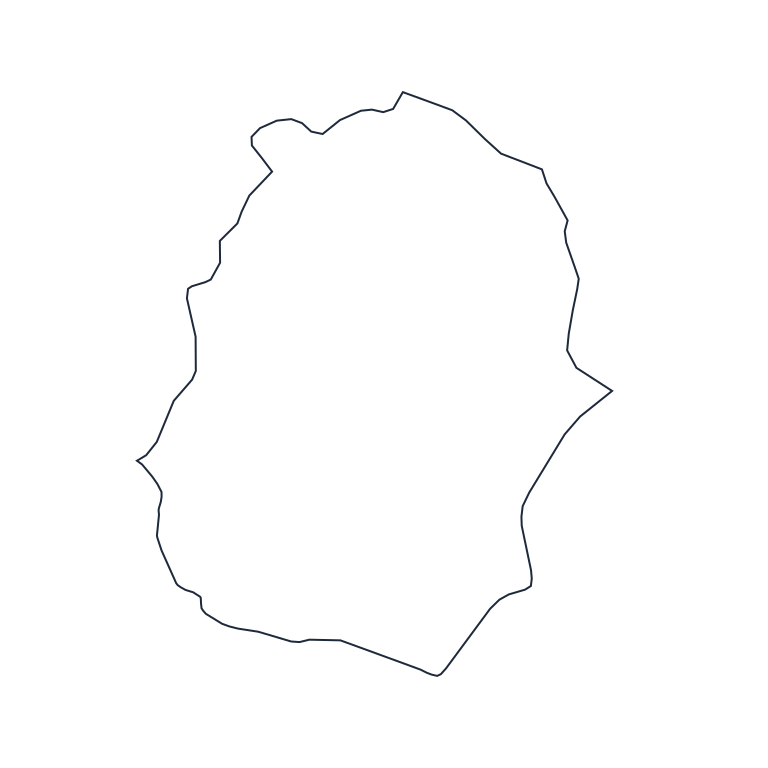 an SVG outline of Kaffrine, rotated 110°
{"feature_id": "SEN-5516", "entity_name": "Kaffrine", "entity_type": "Region", "adm_level": 1, "iso_a3": "SEN", "parent_name": "Senegal", "parent_adm1": "", "projection": "albers", "projection_center": [-15.14, 14.22], "detail": "fine", "context": "isolated", "style": "outline", "palette": "slate", "viewbox_px": 768, "rotation_deg": 110, "n_neighbors": 0, "source": "natural_earth", "source_scale": "10m", "svg_char_len": 1414}
<svg xmlns="http://www.w3.org/2000/svg" viewBox="0 0 768 768"><g transform="rotate(110 384 384)"><path d="M540.6,589.9L532.2,583.1L516.1,577.7L471.7,575.8L445.5,565.8L436.1,565.3L404.0,577.2L370.9,598.5L361.5,600.7L357.8,597.9L349.2,586.5L345.1,582.5L326.1,579.5L305.7,587.2L283.3,576.7L270.6,576.7L253.0,575.0L222.7,561.8L213.1,576.6L205.1,589.7L197.1,593.0L185.9,588.0L173.2,574.8L166.8,561.7L166.9,550.2L171.7,538.7L170.1,527.2L151.0,515.6L135.1,499.1L130.3,489.2L128.8,477.7L122.4,469.5L103.3,466.1L103.3,443.1L103.4,413.5L108.3,397.1L119.5,372.5L127.5,352.8L128.3,309.0L139.9,299.9L150.1,287.4L167.5,267.4L178.7,266.4L188.9,261.1L209.3,244.4L218.5,237.0L228.7,234.9L250.1,231.8L273.5,227.6L289.8,223.4L303.0,208.7L312.5,167.3L347.5,188.6L369.5,197.0L436.4,210.4L451.3,211.9L461.6,209.5L470.1,206.1L508.8,182.1L516.3,178.6L523.6,176.9L529.0,181.1L539.0,194.7L547.2,201.8L558.9,207.4L630.2,228.5L637.2,231.3L640.1,234.2L640.8,239.9L640.7,245.1L639.9,252.0L639.8,337.3L649.8,366.7L655.4,375.1L657.7,383.1L659.8,417.5L663.8,437.6L664.7,446.5L664.7,454.1L660.9,472.8L659.0,476.2L657.2,478.7L653.0,480.8L649.1,482.4L647.3,483.3L646.8,484.1L645.0,492.1L645.4,500.1L644.5,505.6L643.6,509.0L642.3,511.1L616.5,536.1L606.1,544.3L604.2,545.5L583.9,550.7L579.6,552.7L577.0,553.1L571.3,553.4L566.1,554.4L561.6,556.1L555.5,562.7L550.3,570.1L542.3,583.9L540.6,589.9Z" fill="none" stroke="#1e293b" stroke-width="2"/></g></svg>